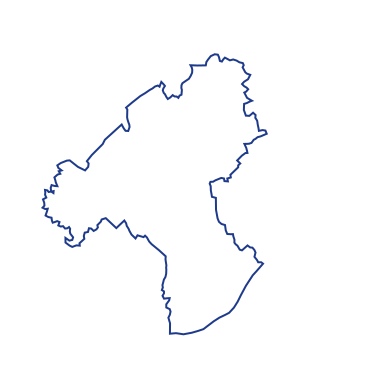 Marechal Cândido Rondon, Paraná, Brazil, rotated 226°
{"feature_id": "56859067B82748474938572", "entity_name": "Marechal Cândido Rondon", "entity_type": "district", "adm_level": 2, "iso_a3": "BRA", "parent_name": "Brazil", "parent_adm1": "Paraná", "projection": "orthographic", "projection_center": [-54.123, -24.589], "detail": "fine", "context": "isolated", "style": "outline", "palette": "blue", "viewbox_px": 384, "rotation_deg": 226, "n_neighbors": 0, "source": "geoboundaries", "source_scale": "gbopen_adm2", "svg_char_len": 3756}
<svg xmlns="http://www.w3.org/2000/svg" viewBox="0 0 384 384"><g transform="rotate(226 192 192)"><path d="M234.2,310.6L235.8,315.3L239.1,313.7L241.1,313.5L246.5,315.0L247.3,317.3L249.4,318.1L252.4,316.2L255.5,315.4L258.7,313.7L260.4,310.7L262.8,310.0L265.8,309.0L265.7,306.7L265.1,304.1L266.9,303.1L270.3,305.1L272.8,306.0L275.3,304.0L276.7,299.9L276.1,295.4L275.5,292.6L273.5,289.9L279.1,283.9L284.2,279.0L281.7,278.3L279.7,277.1L277.7,274.9L276.4,271.6L275.6,268.4L276.3,264.4L276.9,260.7L276.1,258.6L274.2,256.6L272.4,255.6L269.3,252.0L270.0,250.0L269.2,247.6L271.3,247.3L272.9,245.8L275.1,245.4L275.1,242.1L275.7,239.2L278.2,239.6L281.1,240.5L282.9,240.5L285.4,241.6L286.4,243.3L287.1,246.2L289.2,246.4L292.5,246.4L291.3,243.8L290.3,241.8L292.3,241.4L293.6,238.6L293.9,235.6L294.7,232.7L295.1,230.3L295.7,226.8L296.9,221.6L298.0,210.6L298.5,203.2L296.3,202.8L290.8,197.2L289.0,196.0L286.4,194.7L283.9,193.6L282.1,192.2L280.2,188.5L282.2,186.7L285.1,187.1L287.0,187.6L289.4,188.3L289.7,178.1L290.1,165.6L288.5,161.1L288.2,145.6L287.2,137.8L284.4,137.5L282.2,134.8L281.8,130.1L289.3,127.4L299.7,126.0L301.5,123.8L304.0,117.7L304.7,113.6L302.1,112.6L298.1,113.2L299.5,110.6L296.6,109.9L297.9,107.5L298.1,103.2L295.5,101.9L293.5,100.7L289.7,99.2L291.6,97.5L294.5,95.8L293.1,93.2L290.1,91.0L291.6,88.9L293.6,89.1L295.6,87.7L293.5,86.1L292.1,84.4L289.2,83.3L290.2,79.7L287.0,78.3L284.7,76.4L284.5,73.6L281.7,74.6L280.2,76.6L278.7,74.0L276.8,70.3L273.7,71.3L271.1,73.1L268.8,71.4L266.7,70.5L265.7,72.4L264.7,74.8L262.4,75.8L260.8,72.6L258.3,73.6L257.0,75.5L253.9,75.3L252.5,77.1L252.2,79.2L250.2,78.8L248.7,76.9L246.6,75.5L242.0,75.0L240.7,72.6L242.2,70.0L246.9,69.1L243.5,65.9L238.5,66.7L235.7,67.7L233.9,71.8L231.4,74.0L233.3,75.5L233.1,82.0L235.5,83.6L237.3,86.6L235.5,89.4L237.5,92.7L235.7,94.1L232.3,94.2L231.5,97.3L231.9,99.7L233.9,100.9L234.0,105.8L235.0,107.9L233.1,111.8L218.6,112.5L218.6,117.1L218.5,123.5L215.3,122.9L212.9,121.5L209.8,120.9L207.5,120.0L203.4,118.9L201.0,119.0L197.8,119.1L198.7,122.7L193.2,125.8L193.2,127.9L190.6,128.0L186.2,126.8L182.6,126.7L173.1,127.8L164.0,128.4L161.9,126.1L159.4,124.3L157.0,122.6L155.6,120.9L154.1,119.7L151.1,116.6L149.3,113.8L148.5,110.9L147.0,108.5L145.5,106.0L143.6,104.7L142.4,102.2L140.0,102.8L138.6,101.5L137.8,98.7L134.7,97.8L132.9,100.2L131.2,102.2L129.9,100.3L129.1,95.5L126.8,93.3L123.2,94.6L120.9,93.5L119.1,90.8L118.0,87.7L112.8,85.0L105.4,77.7L101.6,82.4L98.1,85.1L95.6,87.0L90.9,94.1L88.3,99.0L87.4,100.8L85.4,105.0L84.8,110.3L83.9,117.8L82.6,124.4L81.3,128.3L80.5,130.7L79.3,134.8L79.7,141.8L81.4,148.7L83.8,155.4L87.1,165.7L89.9,177.9L90.2,183.0L91.1,193.3L93.3,193.0L95.5,190.8L97.8,191.5L102.0,191.9L104.3,195.6L106.9,196.6L110.0,196.8L111.8,195.3L115.0,194.8L115.3,187.4L117.4,186.3L121.8,187.4L124.0,187.1L126.1,187.3L128.2,189.4L131.5,191.0L133.2,192.2L135.0,190.3L137.3,188.2L140.9,189.6L145.3,192.8L148.5,191.0L151.8,190.7L155.3,192.1L159.5,194.9L162.5,196.9L171.2,205.1L174.7,203.0L176.8,204.5L180.0,206.6L183.2,209.5L185.7,210.5L186.5,212.3L184.7,214.4L184.2,216.8L181.8,222.8L179.5,224.4L177.3,222.9L174.7,225.2L177.2,226.8L175.5,230.0L177.7,231.6L177.7,242.4L179.1,243.7L179.0,246.5L183.3,246.4L183.5,253.1L182.9,257.5L181.6,259.0L183.3,260.1L185.9,261.6L190.2,263.1L188.6,264.8L187.1,266.6L186.0,268.9L186.7,272.7L186.1,274.6L185.9,277.2L184.4,279.9L182.0,286.2L185.2,287.5L187.5,285.8L189.5,282.6L191.9,284.3L194.5,285.9L198.0,288.4L201.4,289.1L203.2,291.2L206.6,291.0L206.9,286.2L209.5,283.8L215.0,286.3L219.2,290.7L217.9,293.2L217.0,296.2L216.0,298.5L219.2,297.6L221.5,297.0L227.2,298.7L226.6,300.7L226.9,303.8L229.1,303.8L232.0,303.0L234.9,303.0L235.1,306.1L234.2,310.6ZM290.1,91.0L288.8,93.1L287.5,91.6L290.1,91.0Z" fill="none" stroke="#1e3a8a" stroke-width="2"/></g></svg>